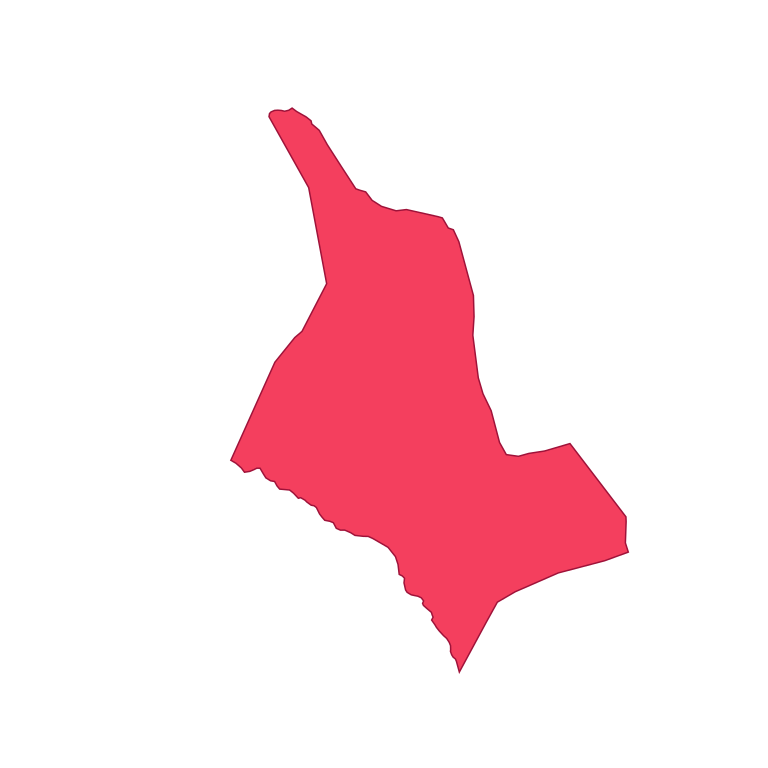 outline of Bossembélé, Ombella-M'Poko, Central African Republic, rotated 157°
{"feature_id": "33826404B7214769303301", "entity_name": "Bossembélé", "entity_type": "district", "adm_level": 2, "iso_a3": "CAF", "parent_name": "Central African Republic", "parent_adm1": "Ombella-M'Poko", "projection": "equal_earth", "projection_center": [17.729, 5.164], "detail": "fine", "context": "isolated", "style": "filled", "palette": "rose", "viewbox_px": 768, "rotation_deg": 157, "n_neighbors": 0, "source": "geoboundaries", "source_scale": "gbopen_adm2", "svg_char_len": 1718}
<svg xmlns="http://www.w3.org/2000/svg" viewBox="0 0 768 768"><g transform="rotate(157 384 384)"><path d="M385.4,675.0L376.6,594.2L397.6,498.7L438.9,464.5L448.0,461.6L475.9,446.7L554.8,373.6L551.3,369.0L548.1,362.4L546.9,357.3L541.7,356.0L537.0,356.0L534.0,356.2L531.0,354.9L530.1,347.9L529.4,343.7L526.2,339.2L522.8,337.0L522.3,332.0L521.1,328.0L517.7,326.2L512.3,323.3L509.9,318.8L507.5,312.3L505.1,311.9L502.1,307.9L501.1,305.4L498.4,300.9L495.9,299.2L494.5,296.7L494.1,289.6L493.1,285.7L491.8,281.7L487.5,278.8L484.8,276.1L484.3,269.8L481.2,266.5L477.3,264.9L472.8,260.2L469.9,256.0L462.4,251.8L458.1,249.9L454.7,246.2L444.1,232.1L440.9,220.6L441.6,212.4L444.4,202.8L442.1,200.1L441.0,197.2L443.3,193.1L444.6,186.0L444.1,183.1L441.3,179.3L438.5,177.3L435.7,175.4L433.2,172.6L432.3,168.8L434.2,167.0L434.2,164.7L432.2,160.5L429.6,155.3L429.9,152.6L429.9,150.2L432.4,148.1L431.2,142.5L430.8,139.4L429.6,135.0L427.5,129.1L425.7,125.3L424.9,120.6L425.0,117.1L426.5,113.3L427.3,111.9L427.5,108.3L427.1,105.6L425.7,103.0L425.7,100.5L427.2,89.4L382.9,124.8L364.9,138.9L344.3,141.5L297.3,142.0L249.9,135.1L224.8,133.8L223.9,143.4L214.9,162.7L213.2,167.2L236.1,256.5L262.5,259.6L277.8,263.5L288.5,264.9L299.0,271.2L300.5,285.0L295.8,317.5L296.7,336.4L294.8,352.8L283.2,394.1L274.8,410.8L267.1,430.5L262.0,467.6L259.5,485.7L259.9,498.9L263.9,502.5L264.7,508.9L265.4,514.1L269.0,517.0L295.2,535.8L305.2,538.7L316.9,548.5L323.2,557.7L325.8,568.0L330.4,571.7L333.7,574.7L338.4,601.3L342.7,626.5L344.5,642.8L348.9,651.6L348.3,654.7L351.2,660.1L357.9,668.9L360.8,673.9L364.7,673.2L368.9,673.9L371.6,675.9L374.7,677.5L377.8,678.6L381.7,678.6L383.7,677.7L385.4,675.0Z" fill="#f43f5e" stroke="#9f1239" stroke-width="1.5"/></g></svg>